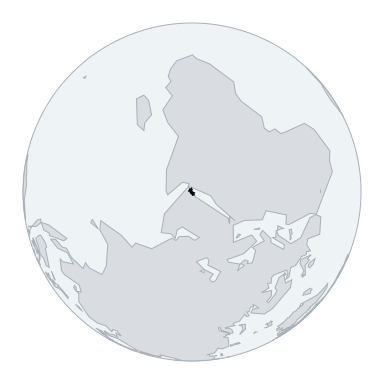 Al Hudaydah on an orthographic globe, rotated 155°
{"feature_id": "YEM-151", "entity_name": "Al Hudaydah", "entity_type": "Governorate", "adm_level": 1, "iso_a3": "YEM", "parent_name": "Yemen", "parent_adm1": "", "projection": "orthographic", "projection_center": [43.034, 14.789], "detail": "fine", "context": "on_globe", "style": "filled", "palette": "ink", "viewbox_px": 384, "rotation_deg": 155, "n_neighbors": 0, "source": "natural_earth", "source_scale": "10m", "svg_char_len": 10656}
<svg xmlns="http://www.w3.org/2000/svg" viewBox="0 0 384 384"><g transform="rotate(155 192 192)"><circle cx="192" cy="192" r="169" fill="#eef3f6" stroke="#a8b0b8"/><path d="M156.0,26.9L156.6,26.8L155.9,27.0L151.2,28.0L150.9,28.1L149.1,28.6L148.2,28.8L156.0,26.9ZM147.4,29.0L147.7,29.0L144.7,29.8L147.4,29.0ZM142.9,30.3L146.6,29.4L141.2,31.0L137.8,32.0L139.2,31.5L142.9,30.3ZM124.3,37.2L122.3,38.2L116.5,41.0L111.4,43.6L108.7,45.1L112.3,43.6L101.5,49.9L92.1,57.1L89.5,59.0L86.7,60.2L89.6,57.6L100.6,49.9L112.2,43.1L124.3,37.2ZM78.6,66.8L78.2,67.2L80.0,65.6L77.4,68.0L76.6,68.6L78.6,66.8ZM23.1,197.0L24.5,205.4L27.3,216.3L28.7,226.3L29.1,235.0L36.0,256.9L31.7,245.3L28.2,233.5L25.6,221.5L23.9,209.3L23.1,197.0ZM167.9,24.8L168.0,24.7L167.5,24.8L167.9,24.8ZM228.8,27.1L228.4,27.0L227.3,26.8L228.8,27.1ZM160.2,26.1L163.8,25.4L161.9,25.9L161.0,26.0L157.7,26.6L158.7,26.4L160.2,26.1ZM159.5,26.3L160.8,26.2L157.9,26.8L156.6,26.8L159.5,26.3ZM165.9,25.1L167.9,24.8L166.1,25.0L165.8,25.1L165.9,25.1ZM148.5,29.7L150.0,29.0L152.6,28.5L148.5,29.7ZM161.5,26.1L162.5,25.9L163.7,25.7L163.9,25.8L161.5,26.1ZM174.5,24.0L173.6,24.1L177.8,23.7L177.5,23.8L172.2,24.3L174.3,24.1L174.2,24.2L170.0,24.6L174.5,24.0ZM167.8,25.4L160.9,26.6L157.5,27.7L155.1,28.2L161.0,26.3L167.8,25.4ZM169.5,24.9L167.9,25.2L165.7,25.4L165.4,25.3L169.5,24.9ZM179.2,23.8L181.0,23.4L182.1,23.4L179.2,23.8ZM167.2,25.6L168.9,25.4L167.2,25.7L167.2,25.6ZM176.0,24.2L176.5,24.0L177.7,24.0L176.0,24.2ZM171.8,25.2L169.6,25.5L169.3,25.3L171.8,25.2ZM174.1,24.7L175.6,24.6L170.6,25.1L174.1,24.6L174.1,24.7ZM177.1,24.2L178.0,24.1L176.7,24.3L177.1,24.2ZM174.0,25.9L167.7,26.5L167.1,26.0L173.3,25.4L174.0,25.9ZM279.0,47.2L277.3,46.2L266.9,40.6L279.0,47.2ZM262.3,38.4L266.0,40.1L263.7,39.0L266.0,40.2L271.3,43.0L272.3,43.5L277.8,48.4L289.5,57.7L290.1,56.5L294.4,59.0L308.2,71.2L321.3,90.7L327.1,96.3L329.9,100.5L330.5,103.8L326.3,97.6L323.5,96.1L321.1,92.4L320.6,96.4L317.1,91.4L318.5,97.4L322.1,101.0L323.8,99.0L326.5,107.0L333.1,113.3L338.0,122.2L340.9,140.5L337.6,147.6L338.3,150.7L334.8,148.2L333.5,155.3L342.5,170.9L343.4,176.0L339.7,187.5L339.0,183.8L329.9,176.9L330.6,189.5L337.5,197.8L340.0,209.1L335.7,206.7L332.9,196.9L329.6,194.2L328.9,183.4L323.0,168.6L318.5,172.9L317.2,166.6L308.5,155.2L301.1,161.0L290.4,180.2L291.6,196.6L286.8,204.6L274.4,182.7L269.7,167.4L264.7,169.5L252.5,157.6L229.8,158.7L227.0,154.8L222.6,157.0L214.0,153.4L210.0,147.0L204.6,147.6L215.5,164.4L221.4,163.9L226.9,157.0L228.8,163.1L237.1,168.2L226.2,183.9L193.3,198.3L190.9,186.1L170.2,152.8L171.3,149.1L171.2,148.7L171.1,148.0L168.3,153.9L165.0,147.5L175.2,170.6L176.5,180.5L192.8,199.1L191.1,201.0L196.6,204.8L215.2,199.7L215.1,203.8L205.8,222.8L180.7,248.2L184.6,264.8L183.7,278.7L169.2,287.5L171.7,297.8L164.4,301.1L164.7,306.8L159.5,312.5L150.4,317.4L133.7,316.1L131.6,311.1L121.8,300.4L107.7,274.1L110.9,262.8L109.0,253.3L97.0,230.8L99.5,219.3L96.5,213.8L90.3,214.1L87.0,207.6L83.3,206.9L61.1,206.7L55.0,197.2L49.6,170.9L54.1,162.2L56.2,151.1L88.6,119.5L94.0,122.7L117.8,121.5L120.5,123.2L116.1,131.3L132.8,143.7L140.0,137.1L156.6,144.1L168.7,144.4L175.8,128.8L156.0,127.8L154.2,120.0L171.2,114.2L188.7,115.9L188.6,113.0L178.8,106.2L184.2,101.2L175.6,103.5L178.1,106.5L172.8,108.2L170.2,105.6L172.2,103.8L167.3,102.3L159.0,112.1L160.7,116.2L147.0,117.3L148.5,124.5L144.3,127.5L140.3,116.6L141.7,112.8L133.2,101.1L130.5,105.0L138.3,116.6L135.3,115.5L131.7,121.8L132.0,116.1L124.2,103.3L112.8,104.6L95.9,118.8L89.7,119.3L85.6,115.3L94.1,99.8L107.0,100.6L110.2,95.9L109.6,88.5L113.5,89.6L114.9,87.0L119.9,87.3L129.1,81.7L134.5,81.7L140.0,74.1L143.6,73.3L139.3,77.8L139.2,81.3L153.0,82.2L156.2,80.7L158.7,76.0L162.2,77.2L162.8,72.5L171.7,71.4L161.4,69.1L164.1,64.3L170.5,61.1L169.5,59.3L159.1,64.6L156.6,67.3L157.4,70.0L149.0,77.8L143.8,78.8L145.7,69.7L138.6,70.4L143.1,63.8L168.4,52.3L178.0,50.8L189.8,57.6L186.4,60.2L180.5,58.9L184.2,64.3L184.8,61.8L187.6,63.0L190.9,59.4L193.1,60.2L192.5,55.7L195.5,56.2L195.9,59.0L203.3,54.9L210.2,55.5L210.8,54.3L209.5,52.8L219.1,55.0L219.1,54.0L216.0,52.9L214.0,50.4L214.3,47.0L217.6,47.9L218.0,49.2L223.7,53.8L224.1,57.7L225.5,57.7L225.9,54.6L218.9,49.0L218.2,46.8L222.0,49.0L220.5,48.0L221.2,47.2L224.9,47.4L220.9,44.9L223.6,36.8L231.1,37.0L234.2,39.5L239.5,36.6L247.6,38.2L244.7,37.0L245.3,35.5L242.8,34.9L241.4,34.3L241.8,31.5L244.4,32.0L241.3,30.5L239.8,30.0L237.7,29.5L234.6,28.5L248.7,32.8L262.3,38.4ZM75.8,136.6L74.6,139.8L75.8,136.6ZM206.4,126.3L217.4,127.0L213.9,117.2L217.9,116.8L215.2,113.9L213.6,116.5L207.4,108.6L212.7,105.9L212.1,101.9L208.3,101.5L199.7,107.9L208.5,119.1L205.4,123.0L206.4,126.3ZM80.3,65.2L79.6,65.9L79.1,66.3L80.3,65.2ZM80.9,66.2L76.7,70.0L79.3,67.4L77.8,68.4L81.4,64.6L88.4,59.8L84.6,62.4L80.9,66.2ZM88.2,58.7L85.1,61.3L88.2,58.7L88.2,58.7ZM117.4,73.6L118.4,75.4L115.5,78.2L108.6,79.6L112.8,75.4L117.4,73.6ZM120.6,77.5L124.3,68.9L128.7,68.1L125.6,69.9L128.1,70.2L123.8,73.3L124.4,81.6L121.9,84.7L110.5,84.8L115.6,82.8L114.3,80.9L120.6,77.5ZM125.9,52.6L127.6,50.1L135.1,51.5L132.6,53.8L125.6,54.9L124.3,53.0L125.9,52.6ZM134.9,33.3L135.1,33.1L136.4,32.7L137.3,32.5L134.9,33.3ZM149.0,29.4L135.6,34.1L135.1,34.0L127.8,37.4L123.7,38.6L128.5,36.2L119.9,40.1L122.6,38.4L116.9,41.2L128.1,35.7L130.2,34.8L129.5,35.3L133.2,34.1L135.5,33.3L143.4,30.6L149.7,28.5L154.4,27.4L156.1,27.2L155.3,27.6L152.5,28.1L153.4,28.2L148.7,29.2L149.0,29.4ZM172.8,32.4L169.9,31.7L171.0,34.2L166.3,34.4L166.7,34.7L162.7,35.6L158.6,37.5L156.7,37.3L155.9,38.1L153.2,39.0L151.5,40.1L147.5,40.4L145.0,42.0L144.5,41.3L141.4,43.9L141.9,42.2L138.5,43.4L139.8,44.5L122.4,45.6L114.7,48.3L107.9,51.7L109.7,48.8L117.2,44.1L127.0,39.4L134.2,37.6L133.7,36.9L137.0,35.9L136.0,36.8L139.5,34.8L141.9,34.4L150.6,31.7L154.1,29.6L157.4,28.8L157.3,29.4L160.6,28.2L162.6,28.9L164.9,28.4L169.2,28.8L167.5,30.6L170.3,30.0L173.7,30.6L172.8,32.4ZM175.0,26.0L174.1,27.6L171.0,28.6L164.9,27.5L162.4,27.8L158.4,27.7L162.9,26.4L163.6,26.5L165.4,26.3L163.3,26.8L166.3,26.3L167.4,26.5L170.1,26.3L169.0,26.8L175.0,26.0ZM124.6,120.4L126.9,121.0L130.7,121.0L128.5,125.1L124.6,120.4ZM119.0,111.7L121.2,111.3L120.0,116.7L117.6,116.3L119.0,111.7ZM123.5,106.8L121.5,110.9L121.2,108.5L123.5,106.8ZM141.5,77.5L144.0,77.1L143.8,78.2L141.9,79.8L141.5,77.5ZM175.1,41.8L174.0,40.8L174.9,40.4L175.7,37.8L179.2,37.8L180.1,39.3L175.1,41.8ZM171.8,131.4L167.7,134.3L166.2,132.7L167.9,132.0L171.8,131.4ZM146.6,129.7L151.8,132.1L145.9,130.8L146.6,129.7ZM179.1,41.3L179.0,40.2L180.8,40.9L179.1,41.3ZM181.8,37.7L184.1,38.3L179.7,37.5L181.8,37.7ZM240.8,340.2L242.0,341.4L239.3,341.8L240.8,340.2ZM213.1,276.2L202.9,299.9L194.7,300.1L192.6,293.3L196.0,279.0L205.3,274.8L209.7,268.0L213.1,276.2ZM353.6,229.5L354.6,229.3L354.4,230.1L353.6,229.5ZM352.7,227.7L354.1,227.0L352.2,229.6L352.7,227.7ZM354.6,226.7L356.0,224.2L356.7,222.5L356.4,224.2L354.6,226.7ZM351.6,228.5L344.0,232.0L340.6,231.4L341.8,228.2L347.4,226.6L351.6,228.5ZM341.5,228.3L335.7,222.6L325.0,202.7L328.9,202.0L339.5,212.7L338.9,215.3L342.4,220.2L341.5,228.3ZM354.0,208.5L353.3,215.9L349.5,217.3L347.5,217.1L346.3,208.4L347.0,203.4L348.7,202.8L353.3,184.0L355.3,186.9L354.4,194.5L355.9,199.9L354.0,208.5ZM292.5,198.0L296.7,207.0L293.9,209.1L292.5,198.0ZM353.6,171.9L352.8,179.9L353.1,169.7L353.6,171.9ZM352.8,162.7L353.7,166.1L352.3,163.2L352.8,162.7ZM339.7,155.4L337.9,157.0L337.2,154.6L338.9,151.3L339.7,155.4ZM341.7,130.0L344.4,136.9L345.1,139.4L343.0,135.6L341.7,130.0ZM209.1,42.6L204.2,46.0L203.0,49.1L206.0,51.6L199.6,49.8L201.5,45.0L209.1,42.6ZM221.5,37.2L218.8,35.6L221.3,35.7L222.2,36.1L221.5,37.2ZM218.9,36.6L213.1,35.8L212.5,34.5L217.2,35.4L218.9,36.6ZM196.0,37.7L194.3,38.6L192.9,37.9L196.0,37.7ZM329.9,289.7L325.6,295.0L324.9,294.8L328.5,289.9L334.8,277.0L335.4,276.8L339.4,267.6L347.5,255.6L354.4,237.5L354.9,236.8L350.4,250.8L344.7,264.3L337.8,277.3L329.9,289.7ZM356.0,228.1L357.9,221.2L358.3,220.1L356.0,228.1ZM360.7,201.5L360.7,200.8L360.8,200.2L360.7,201.5ZM360.9,197.4L360.8,196.6L360.9,194.5L360.9,197.4ZM359.8,205.4L359.6,207.4L359.4,206.3L359.8,205.4ZM360.1,203.8L360.5,204.6L360.0,205.5L360.1,203.8ZM356.7,200.9L357.2,205.1L358.5,201.0L357.5,206.0L357.9,212.7L357.4,215.8L357.1,208.5L356.1,217.1L355.5,217.5L355.6,210.6L356.5,201.4L357.1,197.3L359.3,193.8L356.7,200.9ZM360.3,198.3L360.1,193.3L360.2,189.6L360.4,192.0L360.3,198.3ZM358.7,181.8L357.1,176.7L356.5,179.8L357.0,169.9L358.6,176.4L358.7,181.8ZM356.2,169.5L355.7,172.3L355.7,166.8L356.2,169.5ZM355.1,170.5L354.2,166.5L355.0,166.5L355.1,170.5ZM356.6,169.3L355.4,162.3L356.5,166.0L356.6,169.3ZM351.8,157.7L354.9,163.1L352.2,161.9L348.5,148.9L349.4,147.9L351.8,157.7ZM334.2,103.7L332.0,100.6L331.8,99.3L333.3,101.8L334.2,103.7ZM329.1,93.5L331.0,98.0L332.2,102.2L333.4,103.3L336.7,109.3L332.9,104.6L329.7,97.5L329.4,95.5L326.1,90.8L323.9,87.2L319.4,81.9L317.4,79.3L321.4,83.6L329.1,93.5ZM317.5,79.7L308.9,70.7L310.0,71.2L312.1,73.2L315.6,77.1L314.8,76.5L317.5,79.7ZM307.1,68.8L306.3,68.3L291.8,57.1L289.1,55.0L300.6,63.1L300.4,63.2L303.8,66.1L307.1,68.8ZM230.2,27.4L228.6,27.1L229.9,27.3L230.2,27.4ZM240.0,34.0L238.4,33.2L240.0,33.3L240.0,34.0ZM234.8,31.2L234.1,31.6L233.4,30.8L234.8,31.2ZM232.9,32.7L233.2,31.6L234.9,33.3L232.9,32.7Z" fill="#d9dde1" stroke="#a8b0b8" stroke-width="1"/><path d="M192.7,195.3L192.7,195.1L192.6,194.9L192.6,194.7L192.4,194.5L192.3,194.3L192.2,194.2L192.1,193.9L192.1,193.7L192.0,193.2L191.9,193.2L191.9,192.9L191.9,193.0L192.0,193.0L192.0,192.9L191.9,192.9L192.0,192.7L191.9,192.6L191.9,192.4L191.8,192.2L191.7,192.0L191.6,191.8L191.6,191.7L191.6,191.8L191.8,191.9L191.8,191.7L191.7,191.6L191.6,191.4L191.6,191.2L191.4,190.9L191.2,190.8L191.1,190.7L191.0,190.8L190.9,190.8L190.8,190.7L191.0,190.7L191.1,190.3L191.0,190.5L191.3,190.6L191.3,190.8L191.3,190.7L191.4,190.4L191.3,190.2L191.3,189.9L191.2,189.9L191.1,189.7L191.1,189.4L191.1,189.2L191.2,188.9L191.3,188.9L191.4,188.7L191.9,189.0L192.1,188.9L192.3,188.9L192.7,188.8L192.8,188.9L192.8,189.0L192.8,189.3L192.8,189.5L192.8,189.9L192.8,190.0L192.8,190.3L192.8,190.5L193.0,190.6L193.2,190.8L193.3,191.0L193.5,191.2L193.6,191.3L193.8,191.4L194.0,191.5L193.9,191.5L193.7,191.6L193.5,191.8L193.4,192.0L193.5,192.2L193.4,192.3L193.4,192.5L193.5,192.8L193.6,193.0L193.4,193.2L193.4,193.3L193.5,193.7L193.5,193.8L193.7,194.0L193.8,194.0L194.0,194.1L194.1,194.4L193.9,194.4L193.9,194.5L194.0,194.5L193.9,194.6L193.6,194.6L193.2,195.0L192.9,195.1L192.7,195.3L192.7,195.3ZM191.2,194.1L191.3,194.2L191.3,194.3L191.3,194.5L191.2,194.6L191.1,194.4L191.0,194.2L191.2,194.1ZM190.9,190.1L190.7,190.2L190.8,190.2L190.8,190.3L190.8,190.5L190.7,190.6L190.6,190.4L190.6,190.2L190.8,190.1L190.9,190.1ZM191.1,195.1L191.3,195.0L191.2,195.2L191.0,195.3L191.0,195.2L191.1,195.1Z" fill="#0f172a" stroke="#020617" stroke-width="1.5"/></g></svg>